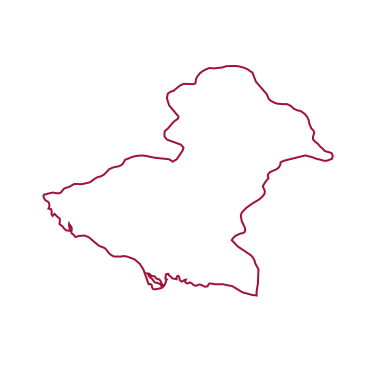 SVG path tracing the border of Otago, rotated 76°
{"feature_id": "NZL-3407", "entity_name": "Otago", "entity_type": "Regional Council", "adm_level": 1, "iso_a3": "NZL", "parent_name": "New Zealand", "parent_adm1": "", "projection": "orthographic", "projection_center": [169.783, -45.312], "detail": "fine", "context": "isolated", "style": "outline", "palette": "rose", "viewbox_px": 384, "rotation_deg": 76, "n_neighbors": 0, "source": "natural_earth", "source_scale": "10m", "svg_char_len": 3848}
<svg xmlns="http://www.w3.org/2000/svg" viewBox="0 0 384 384"><g transform="rotate(76 192 192)"><path d="M308.1,154.3L307.3,155.9L307.0,157.5L301.7,167.1L293.1,175.7L288.9,184.6L287.0,192.3L285.9,194.5L285.0,197.2L286.0,198.6L287.3,199.8L287.1,202.3L284.3,205.6L283.6,207.1L283.5,208.2L283.8,209.4L284.0,210.8L282.9,212.7L280.8,214.2L279.2,215.8L279.7,218.4L278.8,219.7L277.9,220.3L276.8,220.2L275.6,219.2L275.6,220.4L275.9,221.5L276.5,223.6L275.3,224.7L274.3,225.1L271.6,225.0L270.1,225.5L270.1,226.7L271.2,227.7L272.9,228.0L271.1,231.9L270.5,232.4L269.6,232.7L268.7,233.3L267.1,234.6L266.5,234.8L266.0,234.7L265.7,234.7L265.5,235.6L265.5,236.7L265.6,237.2L265.9,237.5L266.6,237.5L267.7,238.0L268.7,238.6L269.7,238.8L270.7,237.6L272.0,238.8L274.0,239.8L275.5,241.0L275.5,242.4L274.2,243.4L270.5,244.1L269.0,244.9L267.5,247.2L267.0,247.9L266.3,248.1L265.5,248.3L264.7,248.7L263.8,251.4L260.9,253.3L260.2,255.1L261.6,254.4L264.3,253.7L266.6,251.7L270.0,250.4L271.1,249.4L272.2,247.0L273.2,245.7L274.2,245.0L275.1,244.8L276.0,244.3L276.8,242.8L277.6,244.2L277.8,245.8L277.5,251.7L276.8,253.1L275.7,253.6L274.1,253.8L272.6,253.6L272.3,253.8L271.5,254.4L271.1,255.1L271.1,255.9L271.0,256.4L255.4,257.9L249.0,260.1L243.4,264.1L239.1,270.4L237.9,272.9L237.6,274.2L237.3,277.4L236.7,279.4L236.5,280.4L236.0,282.6L234.6,284.7L232.9,286.3L231.3,287.3L227.4,289.0L225.5,290.1L223.9,292.1L222.6,294.1L221.2,295.7L210.9,303.1L208.3,306.7L207.3,312.3L207.5,315.2L207.2,316.3L205.1,317.0L203.3,318.6L202.7,318.9L201.5,318.7L199.0,317.7L197.7,317.4L196.4,317.6L194.3,318.6L193.1,318.9L194.3,319.4L200.2,319.7L198.8,323.4L196.4,325.0L193.8,326.1L191.3,328.2L190.3,328.1L188.4,327.3L186.3,326.8L184.7,327.5L183.8,328.4L179.9,330.8L180.3,331.3L181.1,332.5L181.5,333.0L179.5,333.7L177.0,332.9L174.7,332.8L173.4,335.3L171.8,334.0L171.4,333.8L168.8,333.4L167.5,333.5L166.5,334.2L165.0,335.9L164.1,336.5L163.3,336.8L160.7,337.2L159.7,337.0L158.7,336.0L159.0,333.9L158.8,332.6L158.7,332.6L158.9,326.9L160.1,324.6L161.0,321.8L160.9,319.6L157.8,315.4L157.4,313.1L157.4,310.3L156.7,307.5L155.8,304.8L156.3,301.5L157.4,298.8L157.8,295.7L157.9,288.7L155.5,282.8L154.7,279.8L154.8,277.1L153.9,273.4L151.8,269.8L149.9,267.0L149.2,263.6L149.1,260.4L149.4,257.4L149.0,254.7L148.0,252.4L145.8,250.3L144.5,248.9L144.1,245.1L143.7,243.0L143.5,241.0L143.5,238.0L143.9,234.6L145.0,229.8L149.6,220.2L154.7,206.3L157.9,203.3L156.5,198.8L149.5,191.1L146.8,189.5L143.4,191.3L135.2,203.5L131.9,205.2L129.0,204.7L126.4,203.7L124.5,199.9L119.6,193.1L117.3,187.7L115.6,186.8L102.4,193.2L97.4,193.6L94.4,193.5L90.6,191.6L89.5,188.4L89.4,185.4L86.9,180.4L85.5,176.8L85.1,173.7L87.7,164.5L87.5,162.5L83.1,160.6L81.0,158.6L78.8,155.8L77.3,152.5L76.4,149.0L75.9,144.9L77.4,140.8L78.5,132.2L78.2,128.3L80.0,120.2L81.4,116.2L84.0,111.5L86.5,108.2L89.0,106.3L90.7,104.5L100.3,103.3L115.2,95.8L120.2,95.0L122.3,93.7L125.2,90.6L126.9,87.9L128.7,82.7L129.2,80.5L129.9,78.2L131.3,76.5L133.1,74.7L135.8,73.1L138.5,69.7L139.3,67.7L140.1,66.6L143.7,63.6L147.3,62.0L150.5,61.4L154.3,61.6L159.2,60.8L162.0,59.2L164.3,59.1L165.7,60.1L167.6,61.2L170.2,61.9L173.2,60.2L175.7,58.2L179.0,56.6L181.8,54.6L184.1,53.4L185.6,51.3L186.7,49.1L188.0,47.2L190.0,46.8L191.4,46.8L193.7,48.2L194.3,54.1L193.4,56.8L191.4,60.1L190.1,63.0L188.5,65.1L186.6,68.1L185.6,70.2L184.1,72.7L183.9,75.1L183.9,94.6L184.2,97.2L184.6,98.8L187.0,99.8L189.2,101.8L190.4,104.6L191.6,111.7L193.1,113.7L194.8,114.7L197.0,114.4L199.1,117.3L203.4,121.9L209.0,121.1L211.5,122.3L213.8,125.3L215.6,129.1L218.0,136.9L220.6,143.3L222.9,147.0L224.5,149.1L226.9,150.4L232.3,150.8L239.0,149.4L241.9,149.5L243.4,150.5L244.3,152.7L244.0,155.0L244.5,158.0L245.2,160.8L246.9,163.6L248.4,165.1L255.9,160.8L267.8,150.0L270.5,148.7L273.6,147.9L276.6,147.9L283.0,146.2L296.5,150.1L304.5,153.5L308.1,154.3Z" fill="none" stroke="#9f1239" stroke-width="2"/></g></svg>